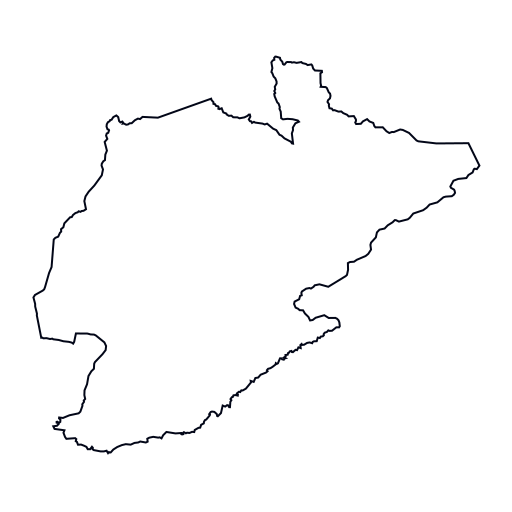 Macanga, Tete, Mozambique (Mercator projection), rotated 91°
{"feature_id": "85939544B71238690131788", "entity_name": "Macanga", "entity_type": "district", "adm_level": 2, "iso_a3": "MOZ", "parent_name": "Mozambique", "parent_adm1": "Tete", "projection": "mercator", "projection_center": [33.601, -14.715], "detail": "fine", "context": "isolated", "style": "outline", "palette": "ink", "viewbox_px": 512, "rotation_deg": 91, "n_neighbors": 0, "source": "geoboundaries", "source_scale": "gbopen_adm2", "svg_char_len": 6085}
<svg xmlns="http://www.w3.org/2000/svg" viewBox="0 0 512 512"><g transform="rotate(91 256 256)"><path d="M325.9,171.7L324.7,171.0L321.0,171.5L318.8,172.4L317.3,173.9L316.5,175.6L316.7,182.2L314.0,186.7L316.7,195.3L319.0,198.2L319.5,200.8L316.0,202.5L312.6,206.1L309.5,208.0L309.4,211.4L308.0,213.0L306.9,215.5L303.3,217.1L300.9,216.6L298.5,212.1L295.1,211.2L294.5,209.6L292.1,210.0L290.7,209.5L287.8,205.3L287.1,202.0L287.6,200.5L285.8,197.9L284.3,196.8L283.2,192.1L285.5,183.2L274.5,165.9L273.3,164.7L268.2,163.7L261.5,164.0L260.4,162.0L260.0,157.9L258.0,155.1L254.1,146.4L251.9,143.8L247.6,141.1L242.9,141.8L240.6,141.2L235.3,136.5L230.3,135.5L227.5,133.0L226.3,127.9L223.0,124.8L219.9,120.0L217.7,117.9L217.7,116.8L219.1,113.7L216.7,104.9L215.1,102.9L210.8,99.5L207.3,89.7L204.7,86.2L201.5,83.3L199.2,75.6L194.0,69.6L193.3,67.2L192.8,61.3L191.3,59.3L189.4,58.1L187.5,58.5L186.2,59.1L184.4,62.3L183.1,62.9L177.3,59.9L175.4,55.1L174.4,47.0L171.3,45.0L168.7,40.9L165.5,39.7L164.9,38.9L165.3,36.7L161.7,34.2L139.5,45.6L140.3,77.5L138.5,95.7L137.7,97.5L130.3,105.1L127.4,111.4L127.0,114.1L129.7,120.4L129.6,122.2L130.7,124.9L129.0,127.7L125.1,131.5L125.3,138.8L124.1,139.9L120.9,141.1L119.5,144.9L117.2,147.3L119.5,151.4L122.0,153.5L122.3,158.2L120.8,159.1L119.2,158.4L117.7,158.5L114.4,160.6L114.8,165.8L113.2,167.4L111.6,171.3L110.0,173.2L110.2,176.1L108.8,180.0L109.0,181.5L107.3,182.8L107.0,185.1L104.5,185.8L103.0,185.6L100.7,187.2L99.0,186.7L97.1,184.8L94.6,184.3L92.3,184.8L91.1,186.1L86.8,188.1L85.9,189.3L85.7,194.3L84.5,193.9L82.0,194.5L72.2,194.8L71.1,193.2L69.7,193.4L69.5,200.3L67.6,202.1L64.5,203.1L63.5,204.0L64.2,207.7L63.1,209.4L62.3,213.0L61.3,214.0L62.2,218.8L61.6,221.4L62.0,223.5L61.5,224.3L61.5,228.2L61.8,229.0L64.1,230.8L64.2,231.5L63.6,232.4L61.3,233.1L59.2,235.1L57.4,235.5L56.3,239.5L56.3,240.2L57.6,241.3L59.5,241.1L60.1,242.6L62.1,244.0L67.9,242.9L71.8,243.8L72.9,242.9L76.3,241.5L78.0,239.8L81.1,238.5L83.2,238.4L86.5,240.2L89.1,239.7L90.7,240.6L92.7,239.6L93.7,240.6L96.1,240.1L102.1,237.4L103.2,236.1L106.7,234.8L108.4,235.1L111.2,233.8L117.8,233.2L118.9,231.4L118.3,226.9L118.6,221.8L119.8,216.5L121.0,215.4L122.6,218.9L126.9,221.4L129.5,221.2L132.8,222.3L143.0,220.9L142.8,222.0L141.1,223.2L137.9,229.6L135.2,232.6L134.4,234.6L129.8,237.9L128.4,241.1L123.5,247.2L124.3,249.6L123.5,251.8L122.6,259.2L121.9,260.4L123.0,262.3L121.5,263.1L121.3,264.4L119.6,265.6L116.8,264.1L114.7,264.6L114.8,265.8L115.9,266.7L117.6,270.0L118.6,274.9L117.7,277.0L117.7,281.2L116.1,283.0L116.3,285.7L115.0,287.8L114.1,288.1L113.0,291.2L108.9,292.9L109.8,295.1L109.4,296.2L108.0,295.9L107.1,296.4L106.5,298.7L105.0,299.5L104.6,301.2L103.0,301.2L100.8,303.2L99.5,303.6L119.4,356.5L118.9,371.9L121.1,374.3L120.7,376.5L122.4,379.5L125.4,382.6L125.5,384.6L126.7,386.3L127.0,388.1L125.8,390.5L126.0,391.6L124.9,391.2L123.9,392.0L124.8,393.9L123.5,395.2L119.5,396.2L117.9,398.1L119.6,401.1L122.3,402.8L122.7,404.3L123.8,404.7L124.8,406.4L126.9,407.5L129.2,407.7L131.9,406.7L132.2,405.5L132.9,405.1L135.4,405.9L136.1,407.4L138.3,408.0L141.5,406.7L144.6,409.3L153.3,406.9L157.2,408.4L162.8,408.7L163.9,410.3L166.4,411.8L168.3,412.0L172.1,410.5L178.0,411.6L188.4,418.9L194.6,424.4L199.4,427.5L204.1,428.6L212.2,426.8L213.8,429.2L214.1,431.2L214.9,432.2L214.4,434.1L215.4,435.0L216.2,437.3L218.2,439.7L220.3,440.9L220.5,442.5L226.7,448.2L230.6,449.1L232.6,451.4L235.0,451.2L236.2,452.4L240.1,454.1L241.3,456.9L243.0,458.5L270.6,460.2L276.6,462.6L290.8,466.4L293.0,467.2L294.3,468.6L298.8,476.3L301.3,477.8L307.7,476.0L310.4,475.9L317.5,474.0L319.2,474.1L341.5,469.3L341.3,468.3L342.0,467.2L341.8,463.9L342.6,460.5L342.2,458.2L342.8,457.3L343.4,451.8L344.6,447.1L345.1,441.6L345.8,438.7L346.8,437.3L345.0,436.3L336.6,434.7L336.5,423.1L337.3,420.0L337.4,416.6L338.2,414.8L345.0,406.1L348.6,404.3L352.7,404.7L356.9,407.8L364.9,415.2L366.5,415.9L371.6,416.1L374.1,418.6L378.9,421.4L387.2,422.7L393.3,425.1L398.1,425.2L401.9,424.3L403.5,425.7L404.8,425.4L407.3,427.1L408.8,426.9L414.7,428.9L416.4,430.6L418.5,439.7L421.3,446.2L420.9,450.0L421.8,450.1L423.1,448.7L425.3,448.8L426.2,450.0L425.1,451.9L425.4,452.5L426.1,452.4L426.1,451.4L427.4,450.4L429.2,452.0L429.8,455.7L432.4,454.4L433.6,444.5L436.1,445.4L440.2,443.8L442.1,442.4L441.3,433.6L442.2,432.5L444.3,433.0L445.0,431.8L447.8,430.7L447.6,427.6L448.7,424.6L449.8,422.2L452.1,420.9L452.1,418.5L449.6,416.7L450.6,415.8L452.1,416.0L452.9,414.8L454.1,407.9L454.0,404.6L453.3,402.0L455.7,400.5L454.6,399.6L455.1,398.8L454.9,397.8L452.0,395.3L449.4,391.4L447.4,386.8L446.4,382.9L446.8,378.0L445.0,374.2L444.5,370.5L443.5,368.5L444.4,362.9L443.5,361.1L440.6,361.5L439.5,359.5L438.6,355.6L439.3,350.6L439.0,349.1L440.0,347.3L436.8,345.7L433.5,342.5L434.8,333.4L434.3,327.8L435.4,327.6L435.7,326.8L435.4,325.6L434.1,325.9L433.4,325.0L434.5,323.0L433.9,321.9L434.1,319.4L432.9,316.8L433.1,314.7L431.0,314.2L428.8,310.5L428.6,308.8L425.7,307.9L424.3,305.3L422.6,305.1L421.0,304.2L420.4,302.9L416.2,299.5L415.4,299.3L414.9,300.0L412.8,298.6L412.3,297.3L412.6,294.9L414.7,292.5L416.7,292.0L416.9,291.4L413.7,288.3L406.1,286.7L407.1,284.2L405.7,282.4L405.7,281.4L407.6,280.2L407.6,279.4L402.2,279.1L400.6,278.1L399.5,279.0L397.6,277.7L397.4,276.8L395.7,276.1L395.4,274.0L395.9,271.8L394.9,271.7L394.3,272.9L393.6,272.6L392.0,270.6L392.3,269.4L390.6,268.3L390.7,267.0L388.8,263.8L382.5,258.8L381.0,259.1L381.9,256.1L378.0,254.5L377.5,251.7L374.6,249.3L372.4,244.0L371.0,242.4L370.0,243.1L368.6,242.0L367.9,239.6L366.6,237.6L364.2,234.6L362.8,234.3L363.5,233.3L362.9,232.2L357.9,230.2L357.9,228.9L358.8,228.1L359.2,226.4L358.1,225.8L357.7,224.7L357.0,226.3L355.8,224.6L354.5,224.8L354.1,222.6L352.4,222.2L352.0,221.2L350.8,220.6L350.3,218.9L351.4,218.4L351.5,217.4L349.1,214.8L349.4,213.3L346.6,212.0L347.3,209.7L344.3,210.1L343.2,208.9L344.1,208.5L343.9,206.4L342.0,203.4L341.5,200.9L342.2,198.3L340.9,197.8L340.3,196.6L340.1,193.8L336.5,192.8L336.9,190.7L335.5,189.9L335.1,187.8L334.1,186.8L333.0,187.0L331.5,186.0L330.7,183.8L329.1,182.4L329.6,181.2L329.4,178.7L325.9,174.4L325.9,171.7Z" fill="none" stroke="#020617" stroke-width="2"/></g></svg>